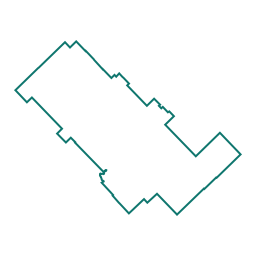 the district of Daireaux, Buenos Aires, Argentina
{"feature_id": "61730980B69261173940199", "entity_name": "Daireaux", "entity_type": "district", "adm_level": 2, "iso_a3": "ARG", "parent_name": "Argentina", "parent_adm1": "Buenos Aires", "projection": "albers", "projection_center": [-61.961, -36.621], "detail": "fine", "context": "isolated", "style": "outline", "palette": "teal", "viewbox_px": 256, "rotation_deg": 0, "n_neighbors": 0, "source": "geoboundaries", "source_scale": "gbopen_adm2", "svg_char_len": 1935}
<svg xmlns="http://www.w3.org/2000/svg" viewBox="0 0 256 256"><path d="M176.1,213.6L177.0,214.6L203.9,188.6L204.3,189.0L209.5,184.0L216.2,177.5L216.6,177.8L240.6,154.4L219.9,132.8L195.8,156.3L165.2,124.7L173.9,116.2L169.3,111.4L167.9,112.3L162.8,106.9L161.3,108.3L158.9,105.8L160.1,104.7L154.1,98.7L146.9,105.8L127.2,85.4L129.0,83.6L123.2,77.5L122.7,77.2L119.2,73.4L116.2,76.7L114.5,74.9L111.4,78.0L102.8,69.1L102.7,69.3L94.2,60.0L93.8,59.3L85.7,50.8L85.5,51.1L76.2,41.4L70.0,47.5L65.0,42.2L38.6,67.8L38.2,68.0L15.4,90.2L26.9,102.3L31.9,97.5L62.0,128.7L57.1,133.6L65.9,142.5L70.8,137.7L75.3,142.2L75.0,142.6L103.3,171.7L103.5,171.5L103.7,171.4L104.0,171.4L104.3,171.2L104.6,171.0L104.7,170.9L104.8,170.7L105.1,170.6L105.3,170.5L105.5,170.3L105.7,170.1L105.8,170.0L106.0,170.0L106.3,170.1L106.3,170.4L106.2,170.6L105.9,170.6L105.7,170.8L105.6,171.0L105.4,171.0L105.2,171.1L105.0,171.3L104.9,171.4L104.6,171.5L104.4,171.8L104.2,171.9L104.0,171.6L103.8,171.6L103.6,171.8L103.6,172.0L103.7,172.3L103.8,172.5L103.9,172.8L104.0,173.0L104.1,173.3L104.0,173.6L103.9,173.9L103.7,174.0L103.3,174.1L103.2,174.0L103.0,173.8L102.7,173.7L102.2,173.8L101.8,173.9L101.5,174.0L101.3,173.9L101.1,174.0L100.9,174.0L100.6,173.8L100.5,173.7L100.4,173.6L100.2,173.7L100.1,173.8L100.0,174.0L100.0,174.4L100.0,174.6L100.0,174.8L100.1,175.0L100.1,175.3L100.0,175.5L100.2,176.0L100.4,176.2L100.5,176.4L100.7,176.6L100.8,176.7L100.8,177.0L101.0,177.3L101.0,177.5L101.2,177.8L101.3,178.0L101.4,178.3L101.5,178.5L101.6,178.8L101.6,179.0L101.6,179.3L101.7,179.5L101.8,179.8L101.9,180.0L102.1,180.2L102.2,180.3L102.3,180.4L102.5,180.5L103.0,180.7L103.2,180.9L103.4,181.0L103.6,181.1L103.7,181.3L103.7,181.5L103.4,181.7L103.2,181.7L103.0,181.8L102.9,181.9L102.7,182.1L102.4,182.3L102.2,182.4L101.7,182.7L113.1,195.0L112.6,195.6L119.1,203.0L119.4,203.2L128.9,213.4L144.0,199.1L147.3,202.7L157.0,193.8L176.1,213.6Z" fill="none" stroke="#0f766e" stroke-width="2"/></svg>